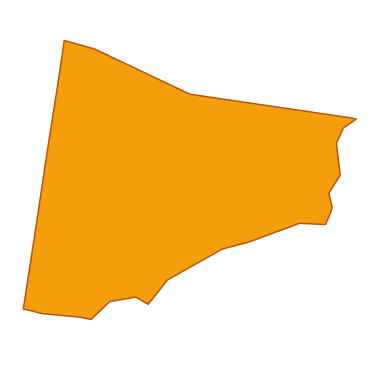 Cleveland, North Carolina, United States of America, rotated 96°
{"feature_id": "52423323B32747612056401", "entity_name": "Cleveland", "entity_type": "district", "adm_level": 2, "iso_a3": "USA", "parent_name": "United States of America", "parent_adm1": "North Carolina", "projection": "robinson", "projection_center": [-81.506, 35.374], "detail": "fine", "context": "isolated", "style": "filled", "palette": "amber", "viewbox_px": 384, "rotation_deg": 96, "n_neighbors": 0, "source": "geoboundaries", "source_scale": "gbopen_adm2", "svg_char_len": 659}
<svg xmlns="http://www.w3.org/2000/svg" viewBox="0 0 384 384"><g transform="rotate(96 192 192)"><path d="M247.2,158.2L245.3,155.3L236.1,130.9L211.9,81.8L210.4,55.9L196.8,51.6L192.0,51.2L178.8,55.8L159.8,46.4L128.3,53.5L112.7,48.2L102.4,36.5L101.8,39.9L95.0,204.3L60.0,303.7L54.7,334.9L72.9,335.6L86.6,336.1L108.5,337.2L129.5,338.3L149.1,339.3L169.6,340.3L192.1,341.3L223.4,342.7L224.0,342.6L243.7,343.6L249.2,343.9L253.4,344.0L302.1,346.4L325.9,347.5L328.6,328.1L328.4,314.3L328.4,312.7L328.2,290.0L328.9,283.2L329.3,279.1L309.4,262.2L302.4,236.7L308.2,224.0L302.4,220.0L282.1,207.4L247.2,158.2Z" fill="#f59e0b" stroke="#b45309" stroke-width="1.5"/></g></svg>